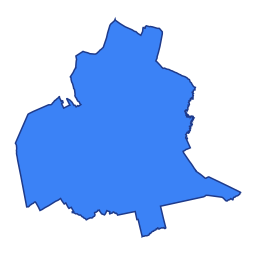 the district of Balint, Timis, Romania
{"feature_id": "2599482B87339498745971", "entity_name": "Balint", "entity_type": "district", "adm_level": 2, "iso_a3": "ROU", "parent_name": "Romania", "parent_adm1": "Timis", "projection": "mercator", "projection_center": [21.883, 45.829], "detail": "fine", "context": "isolated", "style": "filled", "palette": "blue", "viewbox_px": 256, "rotation_deg": 0, "n_neighbors": 0, "source": "geoboundaries", "source_scale": "gbopen_adm2", "svg_char_len": 5751}
<svg xmlns="http://www.w3.org/2000/svg" viewBox="0 0 256 256"><path d="M159.3,229.0L159.8,228.4L160.5,228.4L161.6,227.8L162.0,227.8L162.5,228.0L163.9,227.6L164.2,228.3L164.7,228.5L165.3,228.4L165.8,227.9L163.4,218.5L160.5,206.2L203.6,196.8L204.9,196.2L205.8,195.4L206.3,195.3L208.5,195.4L221.8,197.2L222.7,197.6L223.5,198.3L225.7,200.6L226.2,200.9L227.3,200.9L228.5,199.8L229.5,199.8L230.3,199.2L230.5,198.6L231.1,198.7L232.1,199.5L232.8,199.8L233.1,199.3L233.2,198.4L233.7,197.4L235.0,197.1L235.9,196.2L237.7,195.7L239.5,194.3L239.8,194.0L240.0,192.9L240.6,192.6L240.5,192.3L231.2,187.7L208.8,176.9L207.8,177.2L205.9,178.2L205.2,178.2L200.8,174.6L196.1,171.3L196.1,170.6L195.6,170.5L195.2,169.5L194.6,168.9L191.7,164.4L189.2,161.0L183.6,152.8L183.1,151.3L184.8,150.5L185.9,149.5L187.0,149.2L190.3,147.8L186.6,139.6L187.4,138.7L187.3,138.2L187.1,138.0L186.2,138.6L185.7,138.1L185.7,137.1L186.6,136.3L186.7,135.9L185.7,134.6L186.7,133.5L187.0,132.5L187.7,132.6L188.3,133.2L188.5,133.1L188.3,132.5L189.2,132.4L189.3,132.2L188.6,131.9L188.3,131.5L188.3,131.3L189.0,131.2L189.5,130.7L189.8,130.9L190.2,130.5L190.3,130.2L189.6,128.6L189.8,128.4L190.6,128.5L190.7,127.5L190.4,127.1L189.5,126.7L189.5,126.3L189.9,126.2L190.1,126.6L190.6,126.7L190.9,126.0L191.6,125.7L191.2,125.3L191.1,124.8L191.4,124.6L192.3,124.3L192.3,124.1L191.6,123.6L190.7,123.5L190.6,123.2L191.2,122.9L191.1,121.7L192.0,121.7L191.5,121.0L191.5,120.7L192.6,120.5L192.2,119.1L192.4,119.0L192.8,119.6L193.3,119.5L193.0,118.5L193.9,118.2L194.1,117.9L193.6,117.7L193.2,116.6L192.8,116.2L192.4,116.2L192.7,117.2L192.6,117.5L192.2,117.1L192.2,116.4L191.7,116.1L191.2,116.1L191.2,116.7L190.7,116.9L190.4,117.3L190.4,116.7L189.4,116.3L189.3,116.5L189.4,116.9L188.9,116.8L188.5,117.5L188.6,117.1L188.0,117.1L187.9,116.5L186.7,116.7L186.7,116.4L187.2,116.4L187.2,116.1L188.3,115.8L188.4,115.3L188.0,114.7L187.3,114.5L186.9,114.8L186.8,115.4L186.1,115.3L186.1,114.9L186.6,114.4L186.7,114.0L186.7,113.1L186.3,112.8L185.7,113.4L185.4,112.7L185.8,112.2L185.8,111.8L184.9,111.4L184.7,110.5L185.0,111.0L185.5,110.6L186.2,110.9L186.4,110.8L186.4,110.4L186.0,110.2L186.1,109.8L186.3,109.8L187.3,110.6L187.4,109.9L187.8,109.7L187.9,109.0L187.7,107.2L188.4,106.7L188.6,106.3L188.2,105.3L188.9,105.3L189.4,104.7L189.1,102.8L188.6,102.5L189.2,101.6L189.0,100.9L189.2,100.7L189.9,100.8L190.3,100.7L190.1,100.1L190.7,99.8L190.4,99.4L190.5,98.6L191.0,98.6L191.3,98.1L192.3,99.0L193.0,99.0L193.0,97.8L192.7,97.8L192.3,98.1L192.2,97.5L192.3,97.3L193.0,97.2L193.0,96.5L193.3,95.5L192.8,95.2L192.8,94.2L193.5,93.6L193.3,93.3L192.3,92.7L192.2,92.2L193.2,91.8L193.2,91.2L193.4,90.9L193.5,90.2L195.0,89.8L194.8,89.2L194.9,88.0L195.3,87.8L195.4,87.4L194.5,87.1L193.6,86.6L192.1,84.4L191.3,82.8L190.2,81.9L189.4,79.6L188.6,79.2L188.3,79.2L187.1,77.9L185.0,76.7L181.6,75.6L180.6,74.8L179.4,74.4L176.5,72.8L175.0,72.3L172.0,70.8L171.1,70.6L169.0,69.5L166.8,69.1L164.6,68.1L163.0,68.4L162.6,67.9L161.8,67.4L161.8,67.2L160.0,65.1L156.8,61.7L155.9,61.0L155.8,60.9L156.2,60.1L157.1,58.0L157.1,56.8L158.4,52.5L159.9,46.5L162.3,33.9L162.3,31.8L159.4,28.4L157.3,28.3L152.6,26.9L150.3,26.5L149.6,26.7L146.3,25.8L145.2,26.8L145.4,27.8L145.0,28.3L143.2,27.5L143.0,27.8L142.6,31.5L140.8,35.3L137.9,33.5L135.9,31.6L134.6,31.4L132.1,29.8L125.2,26.8L120.0,23.6L115.3,20.2L115.1,19.3L114.7,20.3L114.1,21.1L110.7,24.1L109.9,25.4L107.7,32.7L106.5,37.9L103.3,47.3L101.1,49.4L100.1,50.0L99.1,51.2L96.6,53.5L95.6,54.0L94.9,54.1L89.9,53.7L87.8,52.8L84.6,52.0L83.0,51.4L75.9,56.0L76.6,59.6L76.3,60.6L76.1,62.5L75.8,66.4L75.9,67.7L75.5,67.7L75.3,68.4L74.4,69.8L73.2,72.4L70.3,76.9L70.7,77.3L71.0,77.9L71.1,79.5L71.7,82.0L72.5,83.5L73.0,85.3L73.5,87.2L73.6,88.3L74.5,89.6L75.1,94.4L74.9,95.4L75.2,96.6L76.0,97.9L76.5,98.3L76.7,99.2L77.2,99.8L77.4,100.6L78.1,101.3L79.2,101.9L79.9,103.6L80.9,104.6L78.5,106.2L77.8,105.6L76.1,106.9L74.9,105.2L74.5,105.2L74.0,105.4L72.0,102.2L69.9,100.1L67.1,98.6L66.8,98.7L66.8,99.0L69.9,105.2L68.7,105.6L63.7,108.1L61.6,103.7L61.8,103.3L63.1,102.7L62.6,100.8L62.4,100.8L62.2,101.2L61.9,101.2L61.5,100.8L61.2,101.2L59.3,97.3L59.5,97.1L59.4,96.7L59.0,96.8L58.5,97.6L56.7,99.0L55.3,100.4L54.7,100.5L53.5,102.2L52.7,102.9L52.0,103.9L51.4,104.5L50.6,104.8L48.6,104.8L47.2,105.4L33.0,111.6L29.0,113.6L28.0,114.3L26.9,116.8L15.4,143.2L16.2,144.6L16.6,146.1L16.5,146.6L16.7,148.0L16.6,149.6L16.4,150.5L16.6,151.4L16.5,151.9L16.6,152.7L16.5,153.7L17.2,157.1L17.7,160.4L20.9,176.3L26.7,206.9L28.5,206.8L29.2,206.2L30.1,205.1L30.9,204.7L31.9,203.9L33.4,203.2L34.5,202.1L35.3,202.0L36.2,203.2L38.4,207.1L40.0,210.5L42.3,209.4L44.7,207.8L48.6,205.7L55.6,201.3L58.1,200.2L60.6,198.5L61.7,200.5L64.2,204.0L65.8,203.0L68.1,207.3L69.0,208.4L71.2,207.3L73.6,211.5L72.2,211.9L72.3,212.6L73.3,212.5L73.7,212.8L74.5,213.1L75.6,213.8L77.2,213.8L78.3,214.7L79.3,215.1L80.4,215.0L80.7,215.1L81.9,216.6L83.1,217.1L83.7,217.9L85.5,218.7L86.2,219.8L86.6,219.8L87.6,219.0L90.3,217.8L91.1,218.0L92.4,217.8L92.7,217.6L93.2,216.7L94.4,216.2L94.7,215.8L95.0,214.8L94.5,212.9L94.6,212.6L94.9,212.4L96.3,212.1L96.9,211.5L97.5,211.2L97.9,210.3L98.8,210.4L99.1,210.1L99.4,210.1L99.7,211.1L100.6,212.4L101.6,213.8L104.5,214.9L105.4,213.8L106.9,210.6L107.8,211.0L108.1,211.3L109.5,211.5L109.8,211.7L109.6,213.1L109.6,213.6L109.8,213.9L111.1,213.3L112.5,212.9L113.1,212.0L113.4,211.9L114.0,212.2L115.3,213.4L116.0,213.1L116.6,213.5L116.9,213.8L117.6,215.1L135.2,211.5L136.9,219.6L138.1,219.4L142.1,236.2L142.1,236.7L142.7,236.4L144.1,236.2L145.5,235.7L146.3,235.8L147.1,235.7L148.9,235.0L149.3,234.4L149.6,233.5L150.4,233.5L152.4,231.4L153.6,231.2L154.0,230.5L155.8,229.9L156.1,229.4L156.2,228.9L156.4,228.7L156.9,228.9L157.3,228.8L157.7,227.9L157.9,227.9L158.3,228.7L158.6,229.0L159.3,229.0Z" fill="#3b82f6" stroke="#1e3a8a" stroke-width="1.5"/></svg>